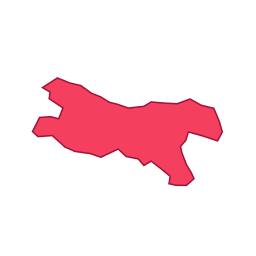 the district of Kapedes, Nicosia, Cyprus, rotated 239°
{"feature_id": "46923920B21212315805199", "entity_name": "Kapedes", "entity_type": "district", "adm_level": 2, "iso_a3": "CYP", "parent_name": "Cyprus", "parent_adm1": "Nicosia", "projection": "equal_earth", "projection_center": [33.253, 34.968], "detail": "fine", "context": "isolated", "style": "filled", "palette": "rose", "viewbox_px": 256, "rotation_deg": 239, "n_neighbors": 0, "source": "geoboundaries", "source_scale": "gbopen_adm2", "svg_char_len": 748}
<svg xmlns="http://www.w3.org/2000/svg" viewBox="0 0 256 256"><g transform="rotate(239 128 128)"><path d="M207.3,93.2L206.7,75.5L198.9,79.7L193.7,75.5L178.7,82.6L171.6,73.3L177.4,67.7L182.6,57.7L174.2,44.3L167.0,46.4L160.5,59.2L144.3,64.1L135.2,70.5L125.4,82.6L116.9,89.7L115.0,108.8L104.6,111.7L96.1,120.9L87.7,122.3L87.7,130.8L76.6,135.1L64.9,139.3L59.1,134.4L53.9,140.0L48.7,148.6L50.6,158.5L57.1,159.2L66.2,159.2L78.6,161.3L85.1,163.5L87.7,171.3L93.5,177.7L83.1,187.6L70.8,198.2L76.0,206.8L86.4,209.6L100.7,211.7L109.8,202.5L120.9,196.1L123.5,182.6L130.6,172.0L138.4,161.3L138.4,152.8L144.9,138.6L153.4,131.5L159.9,125.1L168.3,120.9L176.8,114.5L188.5,109.5L196.9,101.0L207.3,93.2Z" fill="#f43f5e" stroke="#9f1239" stroke-width="1.5"/></g></svg>